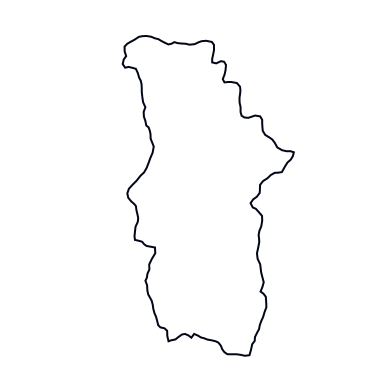 the district of Machacalis, Minas Gerais, Brazil, rotated 193°
{"feature_id": "56859067B87208191918029", "entity_name": "Machacalis", "entity_type": "district", "adm_level": 2, "iso_a3": "BRA", "parent_name": "Brazil", "parent_adm1": "Minas Gerais", "projection": "natural_earth1", "projection_center": [-40.718, -17.085], "detail": "fine", "context": "isolated", "style": "outline", "palette": "ink", "viewbox_px": 384, "rotation_deg": 193, "n_neighbors": 0, "source": "geoboundaries", "source_scale": "gbopen_adm2", "svg_char_len": 2726}
<svg xmlns="http://www.w3.org/2000/svg" viewBox="0 0 384 384"><g transform="rotate(193 192 192)"><path d="M101.7,253.6L105.3,253.9L109.0,253.0L113.6,253.0L118.9,254.6L122.4,258.5L125.5,261.2L129.0,262.6L133.5,264.1L136.8,267.5L138.1,271.4L139.1,274.9L139.9,278.2L142.6,281.0L147.7,280.7L150.4,279.0L153.9,276.9L157.7,276.4L160.8,277.5L162.6,280.7L163.8,285.7L165.7,289.7L166.9,294.4L167.2,298.3L167.7,302.0L168.9,305.4L172.8,308.3L178.5,308.0L181.9,307.2L185.0,306.1L187.4,308.9L186.7,313.7L186.7,317.9L187.4,323.4L190.0,326.1L193.2,326.0L197.3,322.8L201.5,322.8L202.3,326.5L202.3,330.0L202.5,335.4L203.7,340.3L206.4,342.7L212.3,342.5L216.8,341.0L219.9,338.9L222.6,336.7L227.4,335.0L231.7,335.0L235.7,334.3L239.8,333.8L242.8,334.1L245.4,331.8L248.2,330.5L252.1,331.3L255.9,332.3L259.2,333.4L262.8,333.4L266.6,334.1L271.4,333.8L275.6,332.6L278.7,331.2L282.1,327.6L285.6,324.5L288.5,321.8L290.4,318.5L289.2,313.7L286.7,309.6L288.3,305.9L288.3,301.1L285.1,298.1L281.9,299.6L278.7,299.6L274.4,299.4L271.4,295.5L269.3,291.6L266.9,288.8L265.4,285.7L264.3,281.8L263.4,278.0L261.7,273.2L259.8,268.4L256.5,264.1L257.1,259.1L255.8,254.6L253.4,250.7L251.5,246.5L248.8,245.2L246.9,242.2L245.5,239.2L244.3,234.7L241.7,230.9L239.5,227.7L239.2,221.4L240.2,215.9L240.8,210.9L241.6,205.3L243.1,200.3L245.8,196.3L248.6,190.4L251.5,185.8L254.2,181.0L254.7,176.1L252.8,172.0L249.0,169.1L245.9,167.5L243.5,165.7L242.0,161.7L240.1,157.9L238.6,154.6L238.1,150.7L239.2,145.5L238.6,140.3L238.1,136.1L236.8,132.5L233.0,132.5L229.4,132.3L226.8,130.3L224.1,129.2L219.9,129.4L215.6,129.6L214.0,124.1L216.1,117.6L217.4,111.8L216.1,106.9L217.0,102.4L216.7,98.3L217.4,95.0L214.8,91.1L213.3,85.9L211.6,82.3L209.3,79.8L206.7,76.8L204.8,73.1L203.5,69.6L201.2,65.3L199.0,62.4L196.9,58.5L195.0,54.7L192.4,53.0L188.1,53.0L185.0,51.2L183.7,46.2L181.3,41.3L178.6,43.0L175.0,44.6L172.5,47.8L169.7,50.9L167.0,52.1L163.3,51.5L159.8,49.9L158.0,54.2L153.8,53.4L150.6,52.3L147.2,52.2L143.9,51.7L139.7,51.9L135.6,51.9L132.4,51.2L129.2,48.6L127.2,45.6L124.5,43.3L121.1,41.9L117.2,42.7L112.1,43.9L107.8,44.3L103.7,44.3L99.3,45.9L99.0,51.7L99.1,57.2L97.4,61.0L98.0,64.9L96.9,69.6L95.8,73.5L96.0,77.2L95.5,81.7L94.6,86.1L94.3,91.1L93.6,96.4L94.9,101.3L96.5,106.5L99.5,109.0L102.8,110.4L102.0,115.4L101.8,120.2L104.2,124.7L106.7,129.6L108.0,133.3L109.3,136.9L113.0,141.6L114.9,146.8L115.0,153.1L115.2,158.3L116.2,161.8L117.4,165.0L117.6,169.2L116.8,174.1L117.1,179.7L118.4,184.5L122.2,187.3L126.0,190.0L129.3,190.6L132.4,194.3L130.7,198.6L127.7,202.0L125.8,206.5L126.6,210.8L127.3,214.2L125.2,218.7L121.7,222.2L119.0,226.3L115.7,229.3L112.7,230.1L108.9,231.6L107.1,237.9L105.6,242.2L103.1,245.7L101.8,249.5L101.7,253.6Z" fill="none" stroke="#020617" stroke-width="2"/></g></svg>